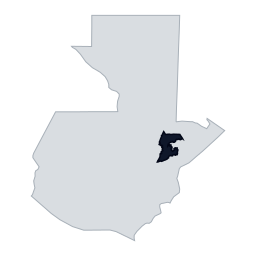 El Estor, Izabal, Guatemala shown in context
{"feature_id": "79465075B63823362918265", "entity_name": "El Estor", "entity_type": "district", "adm_level": 2, "iso_a3": "GTM", "parent_name": "Guatemala", "parent_adm1": "Izabal", "projection": "robinson", "projection_center": [-89.332, 15.436], "detail": "fine", "context": "in_parent", "style": "filled", "palette": "ink", "viewbox_px": 256, "rotation_deg": 0, "n_neighbors": 0, "source": "geoboundaries", "source_scale": "gbopen_adm2", "svg_char_len": 6115}
<svg xmlns="http://www.w3.org/2000/svg" viewBox="0 0 256 256"><path d="M31.3,196.0L32.5,194.6L33.6,191.3L34.9,187.9L34.1,184.1L33.7,180.9L35.1,176.3L35.0,172.9L35.7,170.8L37.9,169.4L39.1,166.8L32.9,157.7L32.9,155.7L33.7,153.2L38.8,143.5L44.9,132.0L51.6,119.4L55.6,111.8L70.2,111.8L79.8,111.8L92.1,111.7L105.4,111.7L114.1,111.7L117.8,111.6L117.1,106.7L117.6,101.2L119.2,96.3L119.2,94.1L116.6,91.4L111.6,89.8L108.8,87.5L108.8,84.5L107.6,80.8L105.1,76.6L100.1,72.2L92.4,67.7L85.8,61.8L80.4,54.2L75.9,49.4L72.4,47.4L71.5,46.3L81.8,46.4L91.6,46.5L91.7,35.7L91.8,26.2L91.8,15.4L109.5,15.4L130.6,15.4L152.4,15.4L169.6,15.4L179.7,15.4L179.3,28.8L178.7,44.4L178.3,55.8L177.8,71.0L177.3,86.5L176.5,107.8L176.1,121.5L176.3,121.8L182.0,121.1L190.6,121.7L192.6,121.7L195.2,122.9L197.2,123.2L201.6,126.3L206.7,128.7L209.9,124.0L208.2,121.1L206.9,119.7L207.1,118.4L224.7,130.6L222.7,132.5L218.2,136.9L210.1,144.3L202.8,151.0L195.7,157.0L189.4,162.5L188.7,163.0L180.7,166.9L179.3,168.7L177.6,176.4L176.8,178.3L178.3,182.5L179.7,189.1L179.3,192.6L173.7,196.8L171.2,200.7L170.0,203.1L169.0,202.5L167.3,202.3L163.4,203.2L161.4,203.5L159.8,204.6L159.7,206.9L160.7,210.8L161.1,212.8L160.0,213.7L155.1,216.0L153.2,218.3L151.3,221.8L149.2,223.3L147.0,223.1L145.4,223.6L142.0,226.2L136.9,231.4L134.2,235.2L134.1,238.1L134.6,240.6L116.1,231.6L109.9,230.0L83.8,230.2L72.6,226.6L59.9,219.7L51.3,213.5L31.3,196.0Z" fill="#d9dde1" stroke="#a8b0b8" stroke-width="1"/><path d="M159.4,142.1L159.4,142.3L159.5,142.4L159.7,142.6L159.9,142.7L159.9,142.8L160.0,142.9L160.2,143.1L160.2,143.3L159.8,143.6L159.5,143.8L159.2,144.0L159.1,144.3L159.1,144.5L159.4,144.7L159.5,144.7L160.0,144.7L160.5,145.2L161.0,145.4L161.0,145.5L161.2,145.8L161.4,145.7L161.5,145.6L161.7,145.4L161.8,145.2L162.0,145.2L162.3,145.6L162.5,145.7L162.6,145.9L162.6,146.0L162.3,146.2L162.1,146.6L162.0,146.8L161.9,147.1L161.8,147.4L161.9,147.6L162.1,147.7L162.4,147.7L162.6,147.7L162.7,147.9L162.7,148.2L162.6,148.4L162.5,148.8L162.3,149.5L162.2,149.9L162.3,150.0L162.5,150.2L162.8,150.6L162.8,150.8L162.5,151.1L162.1,151.3L161.7,151.4L161.4,151.6L161.2,151.9L161.1,152.0L161.1,152.3L161.3,152.5L161.7,153.2L161.7,153.4L161.6,153.6L161.3,153.7L161.2,153.7L160.8,153.6L160.6,153.6L160.3,153.7L160.2,153.8L160.2,154.0L160.3,154.1L160.4,154.3L160.3,154.5L160.1,154.7L160.1,155.0L160.1,155.6L160.2,156.2L159.9,156.9L159.8,157.0L159.7,157.5L159.5,157.8L159.5,158.0L159.2,158.4L159.2,158.5L158.4,159.9L158.1,160.3L158.0,160.5L157.9,160.6L157.4,161.8L157.3,162.0L157.8,162.0L158.6,161.7L159.0,161.5L159.3,161.4L159.7,161.3L159.8,161.2L160.1,161.0L160.3,160.9L160.5,160.9L160.9,161.2L161.2,161.3L161.7,161.3L161.8,161.2L162.5,161.0L162.9,160.9L163.1,160.7L163.7,160.4L165.4,159.9L165.7,159.7L166.0,159.6L166.7,159.2L167.2,159.0L167.5,158.7L167.8,158.4L168.1,157.7L168.3,157.7L168.4,157.8L168.5,157.8L168.5,157.6L168.4,157.4L168.5,157.3L168.7,156.9L169.1,156.1L169.4,155.9L169.9,155.7L170.0,155.6L170.3,155.5L170.5,155.7L170.8,155.7L171.0,155.7L171.6,155.6L171.9,155.9L172.2,155.8L172.3,155.8L172.6,155.8L172.7,155.6L172.7,155.4L172.8,155.1L173.1,154.8L173.2,154.7L173.5,154.7L174.5,154.7L175.1,154.4L175.3,154.5L175.3,155.2L175.5,155.2L175.9,154.7L176.0,154.6L176.3,154.5L176.6,154.7L176.8,154.8L177.0,154.8L177.2,154.5L177.3,154.2L177.4,153.8L177.4,153.6L177.5,153.4L177.5,153.1L177.4,152.9L177.4,152.7L177.3,152.4L177.6,151.2L177.8,150.6L177.8,150.3L177.9,150.1L177.8,149.6L177.7,149.5L177.3,149.6L177.3,149.4L177.2,149.4L177.1,149.2L177.1,148.8L177.2,148.6L177.1,148.3L177.1,147.9L176.9,147.9L176.8,148.0L176.2,148.0L175.8,147.9L175.3,147.8L175.0,147.9L174.8,148.0L174.5,148.3L174.9,148.2L175.3,148.1L175.5,147.9L175.7,148.0L175.7,148.3L175.5,148.5L175.4,148.5L175.2,148.7L175.0,148.8L174.8,148.9L174.7,149.3L174.5,149.7L174.5,150.1L174.4,150.2L174.1,150.4L173.9,150.4L173.5,150.4L173.3,150.6L173.1,150.8L172.9,151.0L172.8,151.3L172.7,151.3L172.7,151.1L172.3,150.9L171.9,150.7L171.6,150.5L171.5,150.4L171.4,150.2L171.3,149.9L171.1,149.5L171.0,149.3L171.1,149.2L171.5,148.8L171.8,148.7L171.7,148.0L171.6,147.8L171.4,147.8L171.1,148.0L171.1,147.9L171.3,147.7L171.5,147.6L171.7,147.4L172.0,147.4L172.0,147.2L171.8,147.1L171.6,146.6L171.2,146.3L171.0,145.9L171.0,145.6L170.8,145.5L170.8,145.4L170.7,145.5L170.3,146.0L170.0,146.0L169.9,146.0L169.9,145.9L170.0,145.7L170.3,145.4L170.5,145.3L170.6,145.2L170.4,144.9L170.2,144.9L170.2,145.1L170.1,145.3L169.8,145.5L169.7,145.4L169.8,144.9L169.7,144.8L169.5,145.0L169.4,145.4L169.3,145.5L169.2,145.5L168.7,145.8L168.4,145.9L168.6,145.8L168.7,145.6L168.9,145.5L168.9,145.4L168.9,145.2L168.7,145.0L168.7,144.7L168.5,144.8L168.0,145.3L167.9,145.5L167.7,145.8L167.7,145.7L167.9,145.4L168.0,145.2L167.6,145.1L167.8,145.1L168.2,144.5L168.2,144.3L168.5,144.3L169.0,143.5L169.2,143.2L169.4,142.8L169.5,142.8L170.1,142.6L170.3,142.3L170.5,142.4L171.2,142.1L171.7,142.0L171.9,141.8L172.1,141.7L172.4,141.5L172.5,141.5L172.8,141.7L172.8,141.8L173.0,141.9L173.0,142.1L173.1,142.3L173.5,142.2L173.7,142.3L173.8,142.3L173.9,142.2L174.0,142.1L174.3,142.2L174.7,142.1L174.9,141.7L175.0,141.6L175.6,141.1L175.7,140.8L175.8,140.4L175.7,140.2L175.8,139.8L175.9,139.7L176.2,139.6L176.3,139.6L176.6,139.3L176.8,139.3L177.3,139.5L177.8,139.5L178.1,139.4L178.2,139.2L178.5,138.9L178.9,138.9L179.1,138.9L179.2,139.2L179.3,139.3L179.7,139.5L179.9,139.5L180.2,139.7L180.3,139.6L180.6,139.5L180.9,139.4L181.2,139.4L181.3,139.3L181.3,139.1L181.4,138.9L181.7,138.8L181.9,138.7L182.0,138.7L182.2,138.8L182.4,138.7L182.7,138.9L182.5,138.5L181.8,137.4L180.9,136.1L180.0,134.7L179.8,134.4L179.6,134.4L172.9,134.2L172.7,134.3L172.1,134.5L171.5,134.4L171.1,134.5L170.2,134.5L169.8,134.2L169.2,134.2L168.9,134.3L168.7,134.3L168.4,134.2L168.0,134.3L167.7,134.3L167.4,134.3L167.1,134.3L166.8,134.4L166.6,134.4L166.3,134.4L166.1,134.4L165.8,134.4L165.7,134.5L165.5,134.4L165.4,134.3L165.3,134.2L165.2,134.0L164.4,132.7L163.9,131.9L163.7,131.6L163.4,132.2L162.9,133.3L162.8,133.6L162.5,134.1L162.0,135.3L161.9,135.7L161.7,135.7L161.8,135.9L160.7,138.6L160.3,139.6L160.3,139.8L160.0,140.6L159.8,141.1L159.4,141.9L159.4,142.1Z" fill="#0f172a" stroke="#020617" stroke-width="1.5"/></svg>